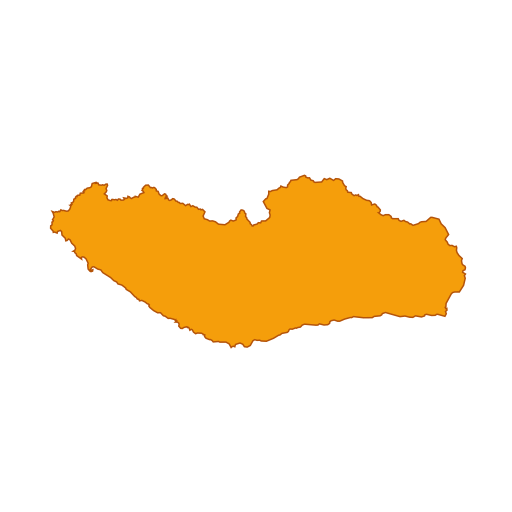 the district of Antalaha, Sava, Madagascar, rotated 104°
{"feature_id": "10022922B15279482214677", "entity_name": "Antalaha", "entity_type": "district", "adm_level": 2, "iso_a3": "MDG", "parent_name": "Madagascar", "parent_adm1": "Sava", "projection": "orthographic", "projection_center": [50.057, -15.259], "detail": "fine", "context": "isolated", "style": "filled", "palette": "amber", "viewbox_px": 512, "rotation_deg": 104, "n_neighbors": 0, "source": "geoboundaries", "source_scale": "gbopen_adm2", "svg_char_len": 6113}
<svg xmlns="http://www.w3.org/2000/svg" viewBox="0 0 512 512"><g transform="rotate(104 256 256)"><path d="M222.2,417.8L222.6,419.1L224.1,420.4L224.0,422.0L224.7,423.1L225.0,425.8L223.5,426.9L224.1,428.6L223.4,428.2L223.2,428.9L225.3,432.5L228.6,432.5L229.9,433.7L231.0,436.2L232.8,437.4L232.8,438.2L233.5,438.6L234.1,438.3L234.2,438.8L235.3,439.3L235.8,438.3L236.5,438.4L237.6,441.7L239.6,441.7L240.2,443.7L240.7,444.2L241.6,444.0L241.8,445.0L242.8,445.4L243.8,445.0L244.9,446.5L247.2,446.2L248.3,446.8L249.2,448.0L250.2,447.1L250.8,448.0L251.4,447.6L251.8,448.6L252.1,447.9L253.9,447.8L255.9,448.1L257.9,449.3L258.4,450.9L258.3,453.7L258.8,455.1L258.4,456.5L260.5,457.2L260.3,458.2L261.3,459.1L261.4,460.9L262.4,462.0L262.1,464.5L263.6,463.1L266.9,461.3L270.0,462.2L270.6,461.2L271.8,461.4L272.5,462.2L274.5,461.5L275.6,461.7L276.4,462.5L278.8,462.0L281.0,458.8L282.1,458.4L281.5,457.2L281.9,454.5L280.2,454.5L278.5,452.0L279.4,450.5L282.6,449.3L284.9,445.4L287.3,444.2L286.6,443.0L284.9,442.1L285.2,440.4L288.1,438.0L290.2,434.3L292.3,432.9L294.2,433.1L295.6,434.5L295.5,433.1L296.6,432.6L297.3,431.1L299.0,430.1L301.2,424.5L299.7,425.2L298.8,424.2L298.7,422.6L299.9,420.2L303.6,417.1L305.3,417.2L309.3,415.7L310.9,413.4L311.1,412.3L310.2,410.9L308.8,411.0L310.1,413.0L309.6,413.7L306.5,412.4L305.9,411.6L305.7,410.5L307.0,406.3L307.0,403.3L309.2,400.6L312.1,391.8L314.3,388.0L314.9,384.9L316.5,383.2L316.6,379.3L317.9,376.2L318.7,374.6L319.8,373.9L321.2,369.2L324.7,363.8L325.2,362.1L326.5,360.7L326.3,359.3L327.7,358.2L326.7,356.0L327.5,352.4L328.7,349.8L328.6,348.8L329.2,347.7L330.4,347.9L331.6,346.6L333.7,342.2L334.9,337.7L334.1,335.0L336.4,331.4L336.4,329.5L337.8,326.1L337.2,324.2L337.3,320.0L337.9,318.8L337.3,318.4L337.9,318.1L338.1,317.3L339.6,318.3L339.2,316.1L339.7,314.9L340.7,314.1L342.7,314.0L344.4,311.6L344.2,310.0L342.8,308.7L341.4,306.1L342.0,305.3L341.5,304.9L342.1,303.5L344.0,302.2L342.8,301.1L343.0,300.0L345.0,298.2L346.0,295.8L344.9,294.2L344.1,290.2L344.5,288.6L345.2,288.1L344.9,286.7L346.6,286.4L347.9,284.6L348.4,280.8L348.1,280.0L348.6,278.2L349.7,276.7L348.0,271.7L348.3,270.3L346.8,264.3L347.8,260.7L350.8,258.0L349.7,257.3L349.0,256.0L349.2,254.6L347.4,254.6L346.5,254.1L344.3,250.5L344.8,247.5L346.8,245.3L346.5,242.5L344.2,239.9L339.0,238.5L337.5,237.0L337.6,234.6L336.8,232.0L337.2,230.4L336.2,225.3L331.6,219.1L327.3,214.8L326.9,213.7L324.8,212.1L322.6,207.3L321.4,206.3L319.7,206.1L318.6,205.3L318.2,203.0L316.3,200.3L316.2,199.1L315.4,198.4L314.2,195.7L311.8,194.4L310.4,192.4L308.6,181.1L308.0,179.2L306.5,178.1L306.5,173.3L305.3,169.8L303.6,168.3L301.8,168.4L300.6,167.4L299.2,164.7L299.5,161.1L299.0,159.0L295.8,154.8L292.9,149.7L292.6,148.3L291.2,146.7L289.9,136.7L287.7,128.3L286.0,126.7L284.0,121.1L282.7,119.8L281.3,119.5L279.5,116.7L280.0,101.6L278.2,96.9L278.2,92.2L277.6,89.0L275.5,86.8L275.1,80.7L273.4,78.0L272.3,78.0L271.3,76.5L271.2,71.2L270.2,67.8L268.8,66.5L268.6,65.6L268.8,58.1L266.0,57.4L264.0,58.7L262.4,57.6L260.6,58.2L261.1,59.1L260.0,60.0L259.3,59.5L256.0,60.1L245.6,57.4L243.9,56.4L242.9,54.6L241.7,50.0L234.3,47.5L227.0,47.6L224.6,49.1L222.8,48.4L221.8,51.6L220.1,51.6L218.8,49.9L216.8,49.9L215.4,50.7L214.7,52.9L213.7,54.2L210.8,55.5L208.6,55.3L206.4,59.2L204.0,61.8L202.0,62.9L199.5,63.2L198.1,64.0L199.0,65.7L198.3,68.3L199.0,70.5L197.9,72.7L196.3,73.7L194.6,76.1L194.1,76.4L192.4,76.1L188.6,74.3L182.7,79.4L180.0,84.1L176.0,87.4L175.9,94.4L176.2,95.8L181.3,99.3L182.7,103.6L183.6,105.0L185.3,106.2L188.3,111.1L187.3,113.6L187.7,114.5L186.4,117.1L186.4,119.3L185.6,121.1L187.3,123.7L186.8,125.9L185.4,127.0L186.7,132.5L186.2,133.9L184.9,134.5L183.8,137.1L184.6,140.4L186.1,142.4L185.7,144.7L184.4,147.5L184.2,147.0L182.4,146.3L181.2,146.5L179.0,149.5L178.9,150.5L177.6,151.4L176.8,153.3L178.5,156.2L176.4,157.1L175.4,158.3L174.9,159.6L175.2,162.1L174.4,166.2L172.9,169.4L173.2,170.6L171.7,171.4L172.9,172.8L172.6,173.9L173.7,175.5L172.6,178.1L171.4,178.9L171.9,182.4L170.6,183.1L169.9,184.6L168.5,185.3L166.9,185.3L166.4,187.1L163.7,189.7L162.3,190.2L161.2,194.2L161.7,197.4L163.9,199.0L162.7,203.2L164.8,205.8L164.4,208.5L168.3,210.2L170.3,216.5L170.2,217.5L169.1,218.7L169.1,221.1L167.2,223.0L167.7,224.7L167.3,226.9L166.3,227.2L166.0,228.5L169.0,232.9L170.8,233.6L172.0,234.7L174.1,240.4L175.5,240.6L176.6,241.4L177.5,241.3L179.5,242.5L181.3,242.1L182.3,243.1L182.6,246.3L182.1,248.8L183.7,249.0L184.5,250.1L186.7,251.6L188.6,256.1L189.9,257.5L190.1,259.3L192.9,258.6L197.6,259.3L198.2,260.4L201.4,262.1L207.2,256.9L207.9,253.5L210.7,253.5L212.8,252.2L215.3,252.0L219.6,255.1L220.7,259.1L222.7,259.5L223.1,261.8L224.8,262.7L226.4,265.7L227.4,265.9L227.8,267.0L226.7,267.9L226.1,269.4L224.8,269.9L222.4,273.7L221.0,274.4L220.3,275.6L217.5,276.1L217.1,277.2L215.3,278.3L214.7,279.9L214.9,281.6L217.3,282.6L218.4,282.2L219.5,283.3L222.1,283.4L224.0,284.6L225.4,284.0L226.0,284.2L227.6,286.6L227.3,289.1L228.5,290.1L229.8,290.4L233.2,293.7L234.2,300.1L232.6,303.6L232.4,306.6L233.3,309.4L232.5,312.0L232.4,315.2L230.0,317.0L225.5,316.2L223.7,319.2L224.5,320.6L223.9,321.4L224.6,323.0L223.0,325.2L223.3,326.8L222.5,329.5L223.8,331.1L221.8,333.2L222.4,333.9L222.4,334.8L224.2,336.5L222.6,339.8L223.4,342.2L222.6,343.4L222.8,344.4L221.9,345.8L222.1,347.0L220.6,348.9L220.4,349.9L220.6,350.9L221.7,351.4L223.0,353.1L222.7,354.4L221.3,355.4L221.4,355.9L220.9,356.3L222.0,357.1L222.3,358.1L220.7,358.0L219.4,356.8L218.8,358.0L217.9,358.6L217.8,359.8L220.2,361.7L220.5,362.7L219.4,365.0L217.0,366.6L216.9,368.5L215.5,368.9L214.2,370.9L214.2,371.8L215.1,373.0L214.8,373.8L215.2,375.0L213.2,377.6L214.0,380.2L216.7,381.9L217.5,381.7L218.0,382.5L219.2,382.1L219.9,382.5L220.5,381.1L221.6,380.1L224.1,383.6L227.4,384.5L227.3,387.7L228.2,387.8L228.5,388.8L230.3,390.6L230.1,392.1L229.3,393.0L229.1,394.7L230.5,394.5L231.4,395.5L231.6,398.4L232.8,397.3L233.9,398.3L234.5,400.5L233.7,401.7L234.0,403.3L235.5,404.0L235.0,405.6L235.7,406.8L235.8,409.0L236.1,409.6L237.2,409.6L237.5,410.8L237.3,413.2L235.6,414.7L233.7,414.9L232.4,418.2L230.2,416.9L228.6,416.6L226.9,417.8L223.4,417.1L222.2,417.8Z" fill="#f59e0b" stroke="#b45309" stroke-width="1.5"/></g></svg>